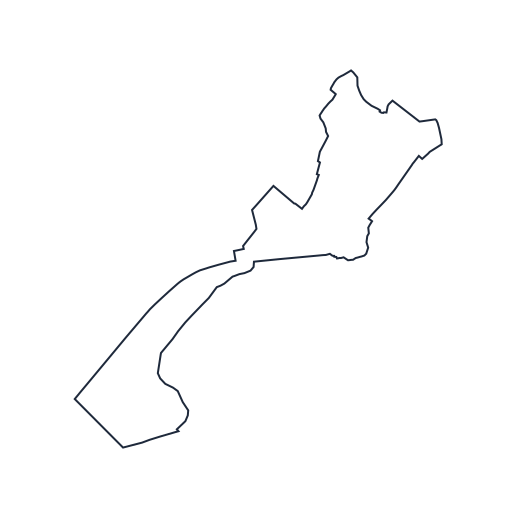 Cernica, Ilfov, Romania (Mercator projection), rotated 261°
{"feature_id": "2599482B98677359077398", "entity_name": "Cernica", "entity_type": "district", "adm_level": 2, "iso_a3": "ROU", "parent_name": "Romania", "parent_adm1": "Ilfov", "projection": "mercator", "projection_center": [26.279, 44.424], "detail": "fine", "context": "isolated", "style": "outline", "palette": "slate", "viewbox_px": 512, "rotation_deg": 261, "n_neighbors": 0, "source": "geoboundaries", "source_scale": "gbopen_adm2", "svg_char_len": 2771}
<svg xmlns="http://www.w3.org/2000/svg" viewBox="0 0 512 512"><g transform="rotate(261 256 256)"><path d="M424.4,378.9L423.8,377.6L421.0,370.5L420.4,368.4L419.3,365.4L417.9,363.2L416.6,361.8L415.9,361.1L415.6,360.8L415.4,360.5L414.4,359.8L412.0,357.8L410.1,356.3L408.5,355.7L404.0,359.6L403.4,360.1L403.2,360.0L398.4,355.9L397.0,353.7L395.2,351.3L392.7,348.5L391.0,346.4L389.5,345.0L388.8,344.3L387.5,343.2L386.8,342.5L385.8,341.6L384.8,340.8L381.6,341.2L377.5,343.4L373.0,344.4L371.1,344.8L367.6,344.6L363.2,346.0L358.5,342.6L353.6,338.9L349.0,335.4L340.0,332.0L338.4,333.8L327.3,328.9L326.2,330.7L323.9,329.3L322.2,328.4L321.6,328.2L312.6,323.3L311.8,322.8L309.8,321.4L308.2,320.8L300.9,314.9L299.2,313.3L297.6,311.0L295.4,308.8L301.5,303.1L301.9,301.9L310.4,294.6L322.5,284.2L317.9,278.6L305.8,263.9L302.1,259.3L287.0,260.7L282.7,260.7L279.9,257.8L273.0,250.3L267.9,244.8L264.9,245.0L264.6,239.7L264.5,237.6L264.4,235.0L254.5,235.1L254.5,233.3L254.5,229.6L254.3,227.9L253.3,218.3L252.1,208.4L251.8,206.4L251.6,205.3L250.6,198.4L249.3,194.0L247.8,189.9L245.8,184.8L244.3,180.9L242.6,177.3L242.0,176.3L241.8,175.8L241.4,175.2L240.9,174.3L234.6,164.4L229.7,157.0L224.2,148.8L220.0,142.9L217.6,140.1L216.5,138.7L196.1,115.0L155.6,68.8L149.5,61.8L143.1,54.6L140.6,56.4L87.6,94.7L89.5,114.3L91.1,122.2L92.7,133.2L95.1,152.0L97.2,150.7L103.9,160.4L109.2,163.7L114.1,164.9L123.1,160.8L134.8,157.6L139.0,153.4L143.9,146.4L150.1,142.2L155.6,140.7L173.7,146.5L175.1,147.0L183.5,156.6L186.9,160.5L194.0,167.4L201.4,175.7L206.8,182.6L216.4,195.3L219.7,199.8L221.9,202.8L231.4,212.4L232.2,216.2L233.7,220.4L239.3,229.6L239.6,231.5L240.7,236.8L240.9,241.9L242.4,248.3L245.5,251.9L250.7,253.1L249.3,277.9L246.7,317.5L246.4,322.3L246.3,323.1L246.2,324.2L246.1,325.2L246.6,329.3L244.4,331.4L244.0,332.4L243.9,333.2L243.0,333.2L242.5,335.2L240.9,335.6L240.9,337.2L241.0,338.2L240.7,339.6L241.0,342.3L237.4,346.2L237.3,347.9L237.3,349.2L237.1,351.3L238.4,354.1L238.6,356.4L238.9,358.6L239.0,360.0L239.5,363.1L241.1,365.3L241.4,365.4L246.7,368.1L252.4,367.3L258.2,369.0L260.7,371.0L266.4,371.3L268.8,373.1L272.2,376.1L273.0,375.4L275.3,373.1L276.1,374.0L279.1,377.5L282.8,382.2L286.7,387.4L290.8,392.8L291.3,393.4L298.0,401.3L299.6,403.1L301.7,405.2L304.9,408.2L310.7,413.8L321.5,424.2L322.2,424.8L322.8,425.3L323.6,426.3L329.4,432.5L325.9,435.3L326.5,436.3L328.0,438.6L330.1,441.9L331.7,443.9L337.3,456.9L342.3,457.4L353.9,456.8L359.0,456.2L362.0,455.3L362.9,454.4L363.1,441.8L363.2,438.5L388.1,415.1L385.0,410.7L383.2,409.4L381.4,408.8L377.3,407.3L377.9,404.8L377.4,404.1L377.9,402.3L379.3,400.7L380.5,401.3L382.4,399.2L386.3,393.6L391.1,389.0L394.0,386.9L398.5,385.0L403.2,383.8L408.3,382.9L416.6,384.0L422.1,380.8L424.4,378.9Z" fill="none" stroke="#1e293b" stroke-width="2"/></g></svg>